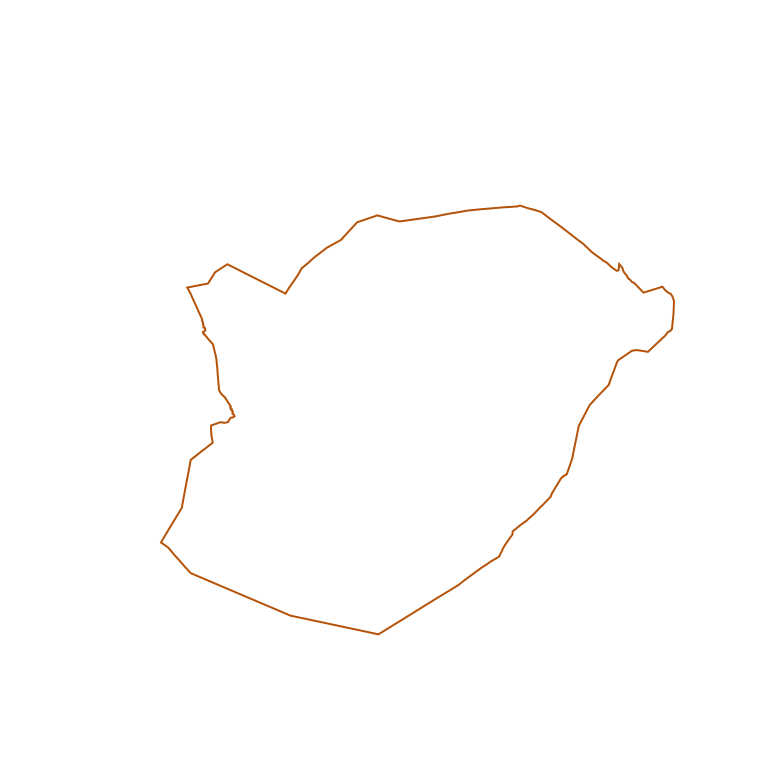 Selbu nor, Sør-Trøndelag, Norway (Albers equal-area conic projection), rotated 137°
{"feature_id": "86288312B45972287407526", "entity_name": "Selbu nor", "entity_type": "district", "adm_level": 2, "iso_a3": "NOR", "parent_name": "Norway", "parent_adm1": "Sør-Trøndelag", "projection": "albers", "projection_center": [11.135, 63.176], "detail": "fine", "context": "isolated", "style": "outline", "palette": "amber", "viewbox_px": 768, "rotation_deg": 137, "n_neighbors": 0, "source": "geoboundaries", "source_scale": "gbopen_adm2", "svg_char_len": 5170}
<svg xmlns="http://www.w3.org/2000/svg" viewBox="0 0 768 768"><g transform="rotate(137 384 384)"><path d="M654.3,377.3L610.4,278.4L558.8,204.7L490.3,191.1L481.2,189.2L467.0,186.3L457.0,185.4L441.9,183.6L439.0,183.3L431.5,182.0L426.0,181.2L421.2,180.0L417.0,179.3L415.8,180.0L414.2,180.6L412.3,181.2L409.5,182.4L408.9,182.7L403.7,184.1L400.5,184.7L399.2,185.1L398.0,185.2L395.2,185.9L393.1,186.2L392.6,186.4L391.1,187.8L390.5,188.4L387.9,188.4L387.3,188.2L381.2,187.9L375.4,187.1L373.0,186.9L372.3,186.8L371.3,186.9L369.8,186.8L368.4,186.8L367.6,186.7L367.0,186.7L360.9,186.8L357.7,187.0L355.4,187.2L350.0,187.3L338.9,187.9L335.8,189.5L319.9,194.0L318.3,194.3L317.7,194.4L317.0,194.2L316.8,194.1L316.3,194.0L315.9,194.2L315.5,194.2L314.8,194.3L314.7,194.3L314.5,194.1L314.4,194.0L314.2,193.9L313.7,193.7L313.3,193.7L313.1,193.5L312.8,193.6L311.8,193.4L298.9,200.2L297.1,201.2L288.8,207.2L286.7,208.7L284.3,210.4L280.3,213.2L270.0,220.6L267.4,221.5L248.6,228.1L247.3,228.4L246.1,228.5L244.3,228.6L236.6,229.2L220.2,230.1L214.2,233.3L205.3,237.7L199.2,240.8L198.9,241.0L196.4,241.7L180.0,239.2L177.5,237.5L175.7,236.1L169.0,227.5L165.0,227.6L145.0,227.6L141.2,228.4L140.3,228.0L138.3,227.6L135.8,227.9L127.3,235.4L125.0,237.3L115.3,246.9L113.3,251.5L112.8,254.5L113.0,254.6L113.0,254.9L113.4,255.5L113.5,256.0L113.5,256.3L113.8,256.9L113.8,257.5L114.0,258.2L114.1,258.4L114.2,258.7L114.2,259.3L114.3,259.5L114.1,260.2L114.1,260.5L114.3,261.2L114.4,261.4L114.4,261.6L114.3,262.2L114.3,262.5L114.3,262.8L114.1,263.2L114.1,263.5L114.1,264.1L114.1,264.5L114.0,264.9L114.0,265.1L115.0,265.7L130.3,273.1L131.9,273.9L132.1,287.0L132.3,287.9L132.8,288.8L133.0,289.8L133.1,290.2L132.9,292.1L133.0,293.1L133.2,293.6L133.4,294.4L133.2,295.4L132.8,297.0L132.7,297.4L132.4,299.2L132.5,299.6L132.1,302.6L131.9,303.6L130.8,305.5L130.6,306.4L130.3,308.3L130.2,311.3L134.9,307.2L136.3,307.8L136.7,308.3L137.2,310.7L137.8,313.7L138.0,315.8L138.3,320.0L138.5,321.7L139.4,324.1L139.9,327.7L141.2,334.0L142.0,338.3L142.7,350.6L144.2,358.7L147.2,377.5L149.6,390.3L151.6,402.2L154.7,407.9L158.6,414.0L162.9,421.7L166.0,423.3L166.8,424.1L170.9,427.4L176.0,431.6L180.8,435.4L187.3,440.5L194.2,445.9L204.4,453.7L215.4,460.9L221.2,464.8L232.3,471.6L261.8,492.3L267.8,501.9L273.8,511.8L288.9,518.6L293.3,520.6L314.4,519.0L314.9,518.9L315.2,518.9L315.4,518.9L315.5,518.8L316.2,518.6L317.5,518.8L333.2,522.7L345.7,523.8L347.1,524.1L353.5,524.3L356.6,524.2L359.3,524.4L359.8,524.4L365.5,524.8L366.3,524.5L367.8,524.0L370.9,522.9L378.4,521.1L387.8,519.1L394.4,517.3L416.9,578.4L431.3,580.9L444.2,577.5L462.1,588.7L463.8,582.1L464.0,581.6L466.8,573.3L472.6,556.2L472.9,555.6L473.1,555.1L473.6,554.8L473.9,554.5L474.1,553.6L474.2,552.9L474.4,552.7L474.7,552.1L475.0,551.8L475.1,551.7L475.4,551.6L475.5,551.3L475.5,551.2L475.5,550.9L475.6,550.7L475.8,550.6L475.9,550.3L476.0,550.2L476.1,549.8L476.3,549.7L476.5,549.6L476.5,549.4L476.6,549.2L476.8,548.9L477.0,548.9L477.1,548.6L477.3,548.5L477.2,548.4L477.3,548.2L477.1,547.9L477.1,547.7L477.0,547.4L477.0,547.2L476.9,547.0L477.0,546.9L477.0,546.7L477.1,546.4L477.2,546.2L477.5,546.0L477.6,545.9L477.7,545.7L477.8,545.5L477.9,545.4L477.9,545.2L478.2,545.1L478.4,545.1L478.8,545.2L479.6,545.0L479.8,545.1L480.0,545.1L480.3,545.3L480.9,545.3L481.0,545.4L481.2,545.1L481.3,545.0L481.4,544.8L481.4,544.7L481.5,544.5L481.5,544.4L481.6,544.1L481.5,543.9L481.6,543.5L481.6,543.4L481.7,543.2L481.5,542.9L481.6,542.7L481.5,542.1L481.5,541.9L481.9,536.4L482.0,529.9L484.7,525.0L487.2,520.5L487.4,519.9L488.5,518.4L489.6,516.5L491.0,514.7L491.8,513.7L494.4,510.2L495.5,508.9L496.0,508.2L498.2,505.5L499.4,504.0L500.7,502.4L504.4,497.6L506.6,494.8L508.8,492.1L509.2,490.6L509.3,490.0L509.4,489.7L509.6,488.8L509.6,488.4L509.7,487.8L509.7,486.3L509.6,484.6L509.5,482.7L509.7,481.4L510.0,480.0L510.5,477.1L511.4,472.1L511.7,472.2L511.8,472.2L512.3,472.0L512.4,471.8L512.4,471.5L512.5,471.4L512.4,471.3L512.5,471.1L512.7,470.9L512.8,470.8L512.9,470.6L512.9,470.2L513.0,469.8L513.0,469.6L513.3,469.4L513.3,469.0L513.3,468.8L513.3,468.7L513.2,468.7L513.3,468.6L513.4,468.4L513.3,468.2L513.4,467.9L513.5,467.7L513.5,467.4L513.5,467.2L513.8,466.9L513.9,466.7L514.0,466.6L513.9,466.6L514.0,466.6L513.9,466.6L514.0,466.5L514.0,466.4L514.1,466.2L514.4,465.7L514.5,465.6L514.5,465.4L514.6,465.1L514.6,464.9L514.8,464.9L514.9,464.7L515.0,464.6L514.9,464.3L515.0,464.2L515.0,463.9L515.0,463.7L515.0,463.4L515.0,463.2L515.0,462.9L515.0,462.7L515.2,462.3L516.3,462.4L517.0,462.6L517.5,462.8L518.8,463.7L519.0,463.8L519.4,463.9L519.7,463.8L520.5,463.6L521.9,463.2L522.2,463.1L522.5,463.2L522.9,462.9L523.3,462.7L523.7,462.6L524.1,462.7L524.8,463.0L525.8,463.5L526.8,464.2L527.3,464.5L527.6,464.9L527.9,465.2L528.4,466.2L528.7,466.5L529.0,466.9L530.7,468.1L532.7,468.9L538.7,471.6L540.1,470.3L541.5,468.6L541.8,468.3L543.8,465.9L545.1,464.4L549.3,457.9L559.9,458.8L561.9,459.1L576.2,460.2L577.1,460.4L581.5,457.0L587.4,452.7L591.8,449.5L596.6,446.0L603.2,441.1L606.9,438.4L614.5,432.7L616.3,431.3L626.8,428.4L645.0,423.2L655.2,420.2L654.0,414.8L653.4,411.4L653.7,405.1L653.9,400.8L653.9,396.8L654.3,386.0L654.3,381.1L654.3,377.3Z" fill="none" stroke="#b45309" stroke-width="2"/></g></svg>